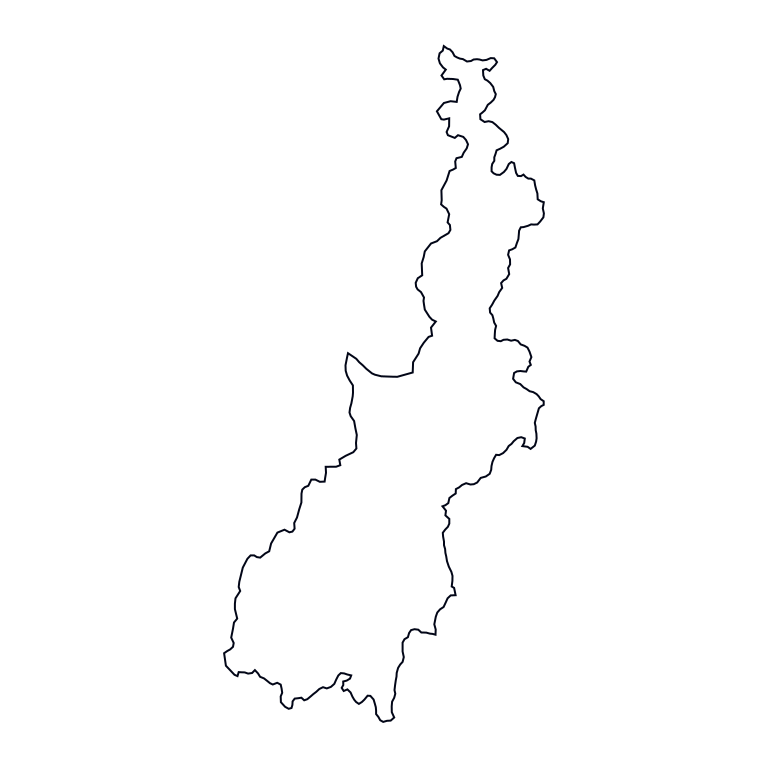 Baixo Guandu, Espírito Santo, Brazil
{"feature_id": "56859067B51153386357436", "entity_name": "Baixo Guandu", "entity_type": "district", "adm_level": 2, "iso_a3": "BRA", "parent_name": "Brazil", "parent_adm1": "Espírito Santo", "projection": "equal_earth", "projection_center": [-40.958, -19.514], "detail": "fine", "context": "isolated", "style": "outline", "palette": "ink", "viewbox_px": 768, "rotation_deg": 0, "n_neighbors": 0, "source": "geoboundaries", "source_scale": "gbopen_adm2", "svg_char_len": 5852}
<svg xmlns="http://www.w3.org/2000/svg" viewBox="0 0 768 768"><path d="M237.5,676.1L238.7,672.1L241.6,672.3L244.7,672.4L248.1,673.6L252.1,673.0L254.9,670.1L258.0,673.4L260.1,676.8L264.0,678.4L267.3,681.0L270.0,683.2L272.8,684.5L277.2,682.8L280.7,684.6L281.6,688.6L282.2,692.8L280.7,696.4L280.9,702.2L285.1,706.8L288.7,708.8L291.5,708.0L292.4,704.9L292.6,701.4L294.7,698.6L298.3,698.2L301.4,697.7L304.2,700.3L307.3,699.2L310.9,696.2L313.3,694.1L316.3,691.8L319.3,689.0L323.0,687.2L326.8,688.4L330.9,686.9L334.3,683.9L336.2,679.6L338.3,675.5L340.8,673.1L344.1,673.4L347.3,674.5L351.2,675.4L350.0,678.6L346.7,680.6L343.2,681.5L343.3,685.0L341.7,687.9L343.7,691.0L347.4,689.4L350.6,692.5L352.4,696.6L354.2,699.7L356.1,702.0L358.9,703.9L361.9,702.0L364.3,699.7L367.6,695.7L370.4,695.9L373.6,699.5L374.9,703.9L375.8,707.2L376.1,710.6L376.1,714.1L378.3,716.8L380.2,720.2L383.2,721.9L387.0,720.8L390.7,720.6L394.2,717.5L391.8,712.2L391.7,706.4L392.1,701.7L394.2,697.8L395.3,693.7L394.5,690.1L395.1,685.0L395.8,680.2L396.5,676.6L396.7,672.9L398.1,667.9L400.2,664.5L402.6,661.9L403.8,657.1L402.6,651.5L402.6,646.4L402.6,642.6L404.5,639.2L407.9,637.2L409.1,633.0L411.1,630.1L414.5,629.2L418.3,629.7L421.3,632.5L426.2,632.6L429.8,633.6L432.6,633.9L435.5,634.7L435.7,629.5L434.3,624.3L435.0,620.8L435.8,616.7L437.3,612.5L440.1,609.3L443.6,607.0L445.7,602.5L447.6,598.3L450.7,595.4L455.6,595.2L454.1,587.9L451.7,586.5L452.4,580.9L452.5,575.9L451.4,571.9L448.8,566.6L447.0,561.2L446.2,556.3L445.4,552.9L445.1,549.0L444.0,545.2L444.0,541.6L443.1,536.5L442.8,532.8L445.2,529.6L447.9,526.8L449.3,523.6L449.3,518.9L445.4,515.4L446.0,510.7L442.5,506.3L445.4,505.2L448.3,503.1L449.4,498.0L452.5,495.6L455.7,493.5L455.9,489.1L459.1,487.4L462.0,485.0L466.1,483.2L470.4,484.5L473.8,484.2L477.2,482.5L480.7,477.9L485.8,476.5L489.7,473.8L491.2,469.8L491.5,466.0L492.5,461.8L494.1,458.2L496.1,454.8L499.2,455.1L503.1,453.1L506.5,449.8L508.7,446.0L511.5,443.9L513.7,441.2L517.4,438.0L521.2,437.2L524.8,438.5L524.2,443.0L522.4,446.1L527.6,446.8L530.6,448.9L534.8,445.6L536.1,441.6L536.6,438.3L536.4,433.7L535.7,430.1L535.6,426.5L534.8,422.9L535.7,419.4L537.1,414.5L538.9,408.3L541.3,406.1L543.7,404.9L543.7,401.2L540.6,399.1L538.7,396.3L536.6,394.1L533.2,392.1L529.6,391.2L526.5,389.0L523.6,387.4L520.3,384.1L515.8,382.3L513.1,378.8L514.1,373.0L516.9,371.4L520.4,371.0L523.5,371.4L526.2,371.6L528.3,366.8L530.8,364.9L529.5,361.5L531.4,357.1L529.5,351.6L527.5,347.6L524.5,345.8L520.7,344.4L517.9,341.0L514.9,339.9L511.1,340.7L507.3,339.5L503.5,339.8L500.8,341.2L497.5,340.8L494.6,338.3L494.8,334.1L495.1,329.9L496.1,325.9L494.2,322.6L493.3,318.4L492.4,315.2L490.1,312.6L489.7,308.3L492.1,304.7L494.3,300.6L497.6,295.9L499.2,292.1L502.2,287.9L501.1,283.1L503.5,280.4L506.4,278.8L509.2,274.1L508.1,268.0L510.1,264.4L510.0,259.4L508.1,254.8L509.1,250.4L512.2,249.3L515.4,247.5L516.9,243.0L518.4,239.1L518.8,234.6L519.1,230.7L520.8,227.3L523.5,227.1L528.0,225.8L531.1,224.4L533.9,224.6L537.5,224.4L540.2,221.5L543.4,217.3L543.9,213.4L542.8,208.4L543.8,202.2L540.9,201.3L537.7,199.3L537.4,193.5L536.1,189.3L535.1,185.3L534.3,180.4L530.9,178.6L528.3,178.6L525.6,176.9L523.5,174.6L521.0,176.1L517.8,175.9L516.1,172.9L514.9,167.4L514.1,163.2L511.4,162.0L508.8,164.0L506.5,168.9L503.9,172.0L499.9,174.9L496.5,174.7L493.6,173.3L491.6,171.3L491.6,167.3L492.2,164.0L494.3,160.8L494.3,157.3L495.5,154.0L496.6,150.3L500.0,148.8L503.8,146.7L507.7,143.2L508.2,139.1L506.4,135.1L504.1,132.1L498.9,127.8L495.7,124.7L492.4,122.1L488.6,121.2L484.6,122.0L480.4,119.2L480.1,114.3L482.2,112.7L484.9,110.3L487.8,104.8L490.7,102.6L493.5,99.9L495.0,97.2L495.8,94.1L494.3,91.2L493.2,86.9L490.2,83.0L487.4,80.6L484.8,79.2L483.3,75.5L483.0,70.1L486.1,68.8L489.6,70.8L492.2,67.9L495.3,64.8L497.0,62.1L494.2,58.3L490.7,58.1L486.5,59.9L482.6,60.4L479.4,59.5L477.0,59.2L473.6,59.5L471.0,61.0L467.0,61.5L462.9,59.1L459.9,58.6L457.2,57.5L454.5,56.0L452.6,52.3L450.0,49.5L447.3,48.6L443.8,46.1L442.8,50.6L439.6,53.3L438.5,58.6L439.9,63.3L443.0,67.4L445.8,69.6L441.5,75.5L444.2,79.3L447.1,78.8L453.0,79.0L457.8,79.7L460.0,85.2L460.7,88.6L459.1,91.9L457.5,96.8L456.7,101.9L450.6,101.2L443.9,103.0L436.9,111.3L439.3,115.6L441.3,119.2L443.9,119.6L449.2,118.3L449.1,126.3L446.6,132.0L447.9,135.2L454.8,137.9L458.0,135.2L463.3,136.9L466.0,140.0L468.0,144.3L466.7,148.4L463.7,152.7L461.8,156.9L456.5,158.2L455.2,161.5L455.8,168.0L453.0,169.6L449.6,171.0L446.6,180.5L441.4,190.2L441.7,200.2L441.1,204.4L443.8,206.8L446.5,208.6L449.2,214.2L447.6,222.4L449.9,225.0L450.4,229.9L448.5,233.2L440.5,237.8L437.0,241.2L431.0,243.5L424.8,251.4L423.7,257.0L421.7,263.4L422.2,275.3L417.8,278.2L415.7,282.8L416.1,286.7L417.6,289.4L421.0,292.1L424.0,297.5L423.5,300.9L424.0,304.6L424.8,309.6L429.4,316.8L432.1,319.7L435.8,321.5L431.0,327.6L432.1,335.7L428.6,336.9L423.8,342.7L420.1,348.3L418.6,353.6L413.1,362.2L412.7,372.5L397.3,376.8L392.3,376.7L386.5,376.5L381.3,376.3L374.9,374.7L372.0,373.4L366.3,368.8L362.9,365.4L359.2,362.2L356.3,358.8L348.0,353.2L347.1,357.2L345.5,365.3L345.7,370.8L347.1,375.6L349.7,380.5L352.9,385.4L353.0,392.7L352.7,396.3L351.4,403.3L350.1,407.9L349.5,412.5L350.7,416.2L354.1,421.0L355.4,428.3L356.8,435.0L356.0,443.0L356.4,448.5L353.3,452.2L345.7,455.8L339.3,459.6L340.3,465.2L336.2,466.7L325.7,466.8L326.0,472.8L325.2,477.6L324.6,481.6L319.8,481.8L315.4,479.6L311.3,479.6L308.3,485.8L304.8,487.2L302.3,489.6L301.5,493.6L301.4,502.5L299.2,509.4L297.0,517.5L294.2,523.0L294.6,528.7L292.4,531.6L289.4,532.3L284.5,529.7L277.4,532.6L271.1,543.5L269.2,551.3L265.3,553.4L260.2,557.6L256.9,557.1L254.2,555.4L250.6,555.4L247.4,558.8L242.8,567.6L239.3,581.8L238.7,587.0L240.2,591.0L235.5,598.3L234.9,603.7L234.9,609.1L237.2,618.6L234.0,622.5L233.0,628.7L231.2,637.6L233.7,643.0L233.0,646.8L230.2,649.4L227.3,651.0L224.1,653.2L225.9,665.7L234.5,674.8L237.5,676.1Z" fill="none" stroke="#020617" stroke-width="2"/></svg>